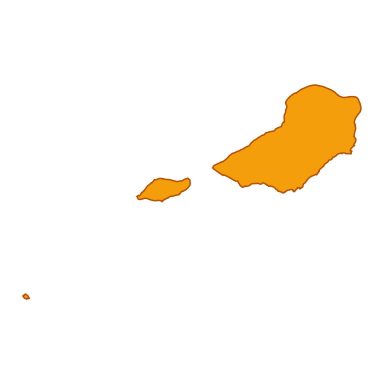 the district of Sabu Raijua, Nusa Tenggara Timur, Indonesia
{"feature_id": "22746128B67076907647447", "entity_name": "Sabu Raijua", "entity_type": "district", "adm_level": 2, "iso_a3": "IDN", "parent_name": "Indonesia", "parent_adm1": "Nusa Tenggara Timur", "projection": "robinson", "projection_center": [121.777, -10.624], "detail": "fine", "context": "isolated", "style": "filled", "palette": "amber", "viewbox_px": 384, "rotation_deg": 0, "n_neighbors": 0, "source": "geoboundaries", "source_scale": "gbopen_adm2", "svg_char_len": 5895}
<svg xmlns="http://www.w3.org/2000/svg" viewBox="0 0 384 384"><path d="M335.6,92.9L334.1,91.7L333.1,91.1L332.5,90.9L331.2,89.9L330.4,89.8L328.7,88.8L326.9,88.2L323.6,86.8L321.9,86.3L320.2,86.0L316.3,85.1L314.7,85.0L312.7,85.2L310.2,85.8L308.3,86.4L303.2,88.5L300.2,90.0L299.4,90.7L297.0,92.3L296.5,92.7L296.3,93.0L295.5,93.0L294.8,93.2L293.3,94.0L291.8,95.1L289.5,97.0L287.2,99.7L286.0,101.5L285.7,102.6L285.7,103.6L286.9,106.0L286.9,107.1L286.5,108.5L286.2,108.8L285.7,110.0L285.6,110.7L285.7,111.5L285.5,112.4L285.1,113.5L284.4,115.0L284.2,115.9L284.1,117.5L284.3,119.8L284.3,121.6L283.9,122.4L283.5,122.4L283.3,122.2L283.2,122.3L283.2,122.6L282.5,123.4L282.1,124.3L281.7,125.8L281.5,126.2L281.2,126.6L280.8,126.9L279.5,127.1L278.7,127.6L278.0,127.7L277.0,128.3L276.0,128.8L275.3,129.4L274.7,130.6L273.9,131.0L270.5,131.6L266.9,132.6L266.5,132.6L265.8,132.9L263.9,135.0L263.6,135.1L262.1,135.3L261.6,135.5L259.8,137.0L259.4,137.2L258.9,137.2L258.5,137.4L257.2,138.7L254.9,139.9L253.7,140.6L250.6,143.5L249.7,145.1L249.0,146.0L247.9,146.2L245.5,147.3L244.3,148.0L243.8,148.6L243.4,148.8L241.4,149.6L239.7,150.5L236.5,151.8L234.3,152.9L232.9,153.2L232.5,153.3L229.7,155.4L226.9,158.5L225.5,159.7L223.1,161.5L221.7,161.9L221.0,162.3L220.6,162.2L220.3,162.3L220.0,162.7L218.8,163.3L217.3,163.9L214.8,165.1L213.4,166.2L213.1,166.8L213.0,167.7L212.7,167.9L213.1,168.3L213.3,168.7L214.5,169.5L219.6,173.2L222.9,175.3L223.1,175.4L223.6,175.0L223.9,174.9L227.7,176.6L234.0,180.3L236.1,181.2L237.2,181.0L237.7,181.1L238.4,182.7L239.5,184.3L239.6,184.5L240.1,185.4L240.6,185.9L241.0,186.0L241.6,186.6L242.5,187.3L242.9,187.2L243.2,187.0L243.7,187.0L244.4,186.6L244.6,186.2L246.2,186.4L248.4,185.9L250.2,185.1L250.5,184.8L251.1,184.1L252.2,183.7L257.6,183.4L258.8,183.6L260.1,184.1L260.7,184.2L261.8,183.7L262.9,183.0L263.4,183.0L264.3,183.2L264.8,183.7L265.9,184.3L266.7,184.4L267.1,184.7L267.1,185.2L267.5,185.1L268.0,185.5L268.5,186.1L269.1,186.3L269.6,186.1L269.9,186.3L270.3,186.0L273.2,186.8L273.8,187.1L275.0,188.1L275.9,189.2L277.3,190.0L278.0,190.9L278.1,191.2L278.4,191.3L278.9,191.3L279.7,191.5L280.0,191.7L280.3,191.7L281.9,192.3L282.8,192.5L283.0,192.6L283.0,192.9L283.8,192.8L284.0,192.6L284.8,192.6L285.0,191.9L285.2,191.6L285.5,191.4L285.9,191.3L286.3,191.0L286.7,190.9L287.0,190.6L288.0,190.2L291.1,189.5L292.0,189.6L292.8,189.9L293.3,190.9L293.4,191.5L293.7,191.5L293.6,191.4L294.0,191.4L294.3,191.3L294.3,191.1L294.6,191.3L294.9,191.1L295.8,189.9L296.4,189.2L297.2,188.7L297.3,188.5L297.4,187.9L297.7,187.7L299.0,187.7L299.6,187.9L299.5,188.6L299.8,188.9L300.1,188.9L300.6,188.4L300.9,188.3L301.4,187.6L302.0,187.4L302.3,187.0L302.7,186.9L303.0,186.4L303.0,185.1L303.4,184.2L305.3,182.6L306.4,180.9L307.1,180.2L307.1,179.9L307.5,179.4L310.1,177.0L312.8,175.7L315.8,174.5L316.0,174.7L316.4,174.8L316.7,174.5L317.0,174.5L317.1,174.1L317.2,173.8L317.2,173.4L317.5,173.1L318.3,172.8L318.5,172.0L319.2,171.4L319.1,171.1L319.3,170.8L319.3,170.6L319.1,170.4L319.1,170.2L319.7,169.6L320.0,169.2L322.7,166.8L323.6,166.4L323.9,165.8L324.1,164.8L324.3,164.5L326.0,163.2L327.4,162.3L328.1,161.6L328.6,160.5L328.8,160.3L329.4,160.0L330.8,159.8L331.9,158.9L333.1,157.5L332.5,157.0L333.4,157.2L334.5,156.8L336.0,155.8L337.6,154.2L340.2,153.3L340.6,153.4L340.9,153.3L341.2,153.4L341.7,153.2L341.9,153.4L342.0,153.1L344.7,152.9L346.1,153.7L346.4,153.7L347.3,153.7L347.7,153.8L348.6,153.6L349.6,153.6L350.2,153.7L350.6,153.9L350.9,153.9L351.0,153.4L351.3,153.0L351.1,152.7L351.0,152.3L351.4,152.0L351.4,151.6L351.8,151.2L351.5,150.9L350.7,150.9L350.3,150.6L350.3,150.3L350.5,149.6L351.1,148.6L353.8,145.7L354.2,145.8L354.5,145.5L354.2,145.2L353.9,144.7L353.8,144.4L354.7,143.0L354.9,142.9L354.9,142.6L355.5,141.7L355.8,140.6L355.8,139.4L355.8,139.1L355.7,139.1L355.3,138.6L355.2,138.6L355.0,137.9L354.8,137.6L354.7,137.1L354.4,136.8L354.0,136.5L354.0,136.3L354.3,134.1L355.7,128.2L355.6,127.4L355.0,126.7L355.3,125.4L355.1,125.1L355.2,124.6L355.1,124.3L354.7,124.2L354.7,123.5L354.6,123.1L354.3,122.9L354.2,121.9L354.7,120.4L355.6,118.0L358.6,113.7L359.9,112.2L360.6,110.4L360.9,109.3L361.0,108.4L360.8,107.0L359.9,102.9L359.4,102.3L358.6,100.0L358.1,99.0L357.3,98.1L356.3,97.3L355.7,97.0L354.3,96.7L351.8,96.6L349.2,96.8L346.4,97.3L344.7,97.4L344.2,97.4L343.7,97.6L343.4,97.5L341.1,96.9L338.4,95.6L337.9,95.2L337.9,94.9L337.5,94.9L337.2,94.6L335.6,92.9ZM189.9,181.5L189.9,180.0L189.7,179.7L188.9,179.3L188.1,178.4L187.5,178.2L186.6,178.7L184.6,179.2L183.0,180.3L182.2,180.7L181.3,181.0L180.6,180.9L177.4,181.6L176.5,181.5L169.5,179.6L164.8,179.3L163.7,179.0L163.4,178.7L162.6,178.8L161.5,178.5L158.9,178.5L157.4,179.2L156.0,179.8L155.4,179.8L154.7,179.9L154.5,179.7L152.0,182.8L151.3,182.7L151.3,183.0L148.7,185.1L147.8,185.6L144.8,189.7L144.1,191.0L143.8,191.0L143.5,190.9L142.6,192.2L142.2,192.3L141.5,192.8L141.4,193.2L140.9,193.6L140.5,194.8L140.1,195.3L139.6,195.7L139.4,195.6L139.1,195.5L138.1,195.5L137.6,195.9L137.5,196.1L137.0,196.5L137.3,196.6L137.4,196.9L137.6,197.8L138.0,198.8L138.4,199.1L139.4,199.5L141.4,199.3L144.3,198.4L146.1,198.3L147.5,198.7L150.8,199.9L153.3,200.5L154.3,200.7L159.6,200.4L162.3,201.3L162.3,201.5L162.6,201.3L162.5,200.6L163.9,200.1L164.0,199.9L164.0,199.5L165.6,199.1L166.2,198.6L168.2,197.9L168.4,197.7L168.3,197.4L169.4,197.0L170.0,196.6L170.6,196.4L173.2,196.1L175.5,195.3L178.6,194.8L178.8,194.5L179.1,194.5L179.2,194.3L179.6,194.0L179.8,193.5L180.4,193.2L180.4,192.9L180.6,192.5L181.1,192.1L181.2,191.9L181.8,191.6L181.9,191.3L183.2,191.2L185.7,189.8L187.5,188.3L188.9,186.7L189.5,185.8L189.9,184.9L190.1,184.0L190.2,182.8L189.9,181.5ZM26.8,295.1L25.6,294.0L25.0,294.3L24.2,295.4L23.3,295.3L23.2,295.7L23.3,295.8L23.0,296.1L23.1,296.4L24.1,297.8L24.8,298.3L26.1,298.9L26.4,299.0L26.4,298.6L26.7,298.4L28.5,298.6L28.8,298.6L29.0,298.4L29.3,298.2L29.2,297.9L28.9,297.6L28.7,297.3L27.9,295.8L26.8,295.1Z" fill="#f59e0b" stroke="#b45309" stroke-width="1.5"/></svg>